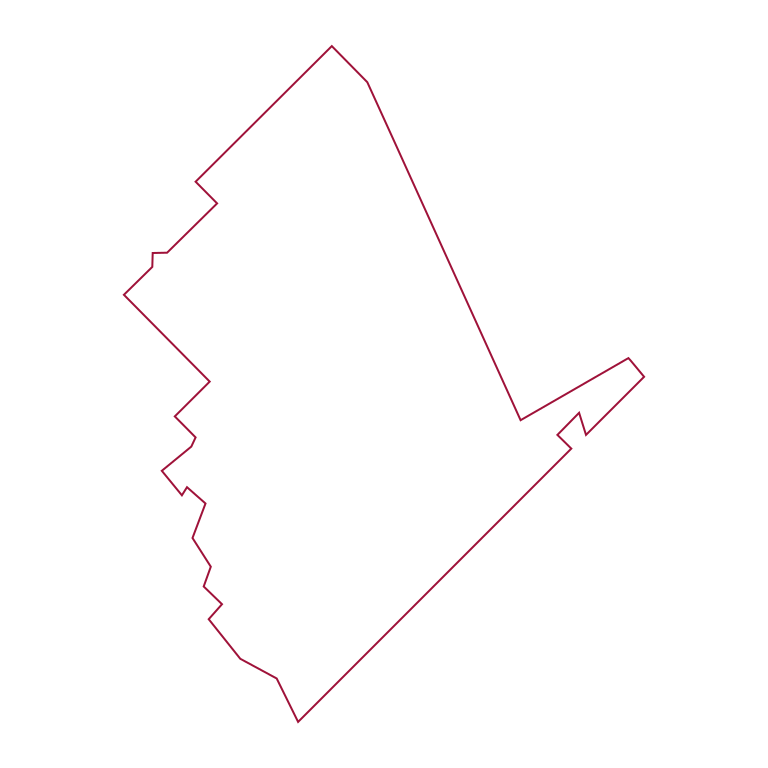 Dodge, Georgia, United States of America
{"feature_id": "52423323B39944248465098", "entity_name": "Dodge", "entity_type": "district", "adm_level": 2, "iso_a3": "USA", "parent_name": "United States of America", "parent_adm1": "Georgia", "projection": "mercator", "projection_center": [-83.2, 32.176], "detail": "fine", "context": "isolated", "style": "outline", "palette": "rose", "viewbox_px": 768, "rotation_deg": 0, "n_neighbors": 0, "source": "geoboundaries", "source_scale": "gbopen_adm2", "svg_char_len": 533}
<svg xmlns="http://www.w3.org/2000/svg" viewBox="0 0 768 768"><path d="M161.8,470.8L181.9,495.3L187.0,487.2L205.5,503.5L192.5,538.0L210.8,566.7L203.7,586.5L222.0,604.2L208.7,619.2L240.3,658.8L276.7,678.5L298.1,721.9L571.3,448.6L557.4,434.9L579.1,412.8L586.0,434.9L644.1,376.8L630.6,360.5L628.4,358.1L520.6,420.2L395.8,144.8L367.3,82.2L331.8,46.1L195.6,181.7L217.1,203.4L167.1,252.7L152.7,253.0L152.3,266.9L123.9,294.8L209.7,381.6L174.8,416.4L195.6,437.4L191.3,446.6L161.8,470.8Z" fill="none" stroke="#9f1239" stroke-width="2"/></svg>